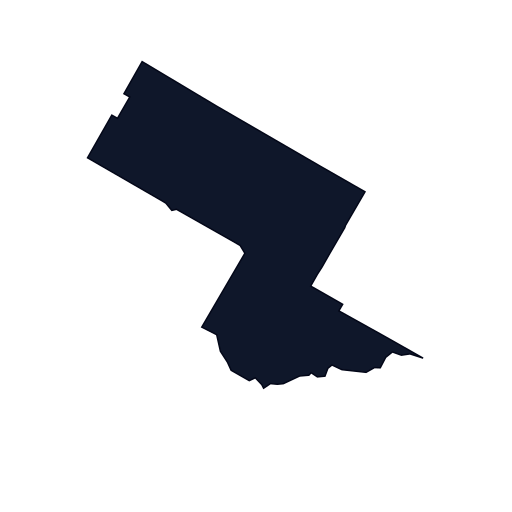 the district of Lake, Florida, United States of America, rotated 120°
{"feature_id": "52423323B41510935650721", "entity_name": "Lake", "entity_type": "district", "adm_level": 2, "iso_a3": "USA", "parent_name": "United States of America", "parent_adm1": "Florida", "projection": "mercator", "projection_center": [-81.605, 28.811], "detail": "fine", "context": "isolated", "style": "filled", "palette": "ink", "viewbox_px": 512, "rotation_deg": 120, "n_neighbors": 0, "source": "geoboundaries", "source_scale": "gbopen_adm2", "svg_char_len": 848}
<svg xmlns="http://www.w3.org/2000/svg" viewBox="0 0 512 512"><g transform="rotate(120 256 256)"><path d="M362.2,227.7L367.4,220.4L367.3,199.5L361.8,195.7L364.5,186.7L366.7,183.3L359.3,179.7L356.4,173.4L352.9,168.5L338.1,158.2L332.8,150.6L329.5,149.9L330.0,142.4L325.6,136.2L317.3,137.6L312.4,135.7L311.5,124.8L301.7,102.5L293.4,97.6L290.7,92.5L278.9,93.0L270.9,89.9L269.2,80.5L263.8,73.7L260.9,60.2L261.3,105.7L262.1,156.8L254.5,156.8L254.7,193.6L241.0,193.7L232.5,193.3L216.8,193.4L187.1,193.3L184.7,193.8L145.9,193.7L146.1,245.7L145.9,357.1L145.9,365.3L144.6,451.8L181.5,451.5L181.4,444.8L206.0,444.8L206.1,451.3L255.2,451.0L255.2,397.8L255.2,367.6L255.2,364.6L255.3,360.5L258.6,351.7L255.3,348.2L254.8,286.1L254.8,275.0L259.2,267.0L344.7,267.4L343.8,250.7L356.3,239.2L362.2,227.7Z" fill="#0f172a" stroke="#020617" stroke-width="1.5"/></g></svg>